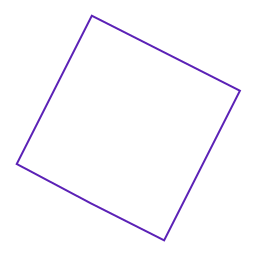 O'Brien, Iowa, United States of America (orthographic projection), rotated 207°
{"feature_id": "52423323B82906580744491", "entity_name": "O'Brien", "entity_type": "district", "adm_level": 2, "iso_a3": "USA", "parent_name": "United States of America", "parent_adm1": "Iowa", "projection": "orthographic", "projection_center": [-95.625, 43.084], "detail": "fine", "context": "isolated", "style": "outline", "palette": "violet", "viewbox_px": 256, "rotation_deg": 207, "n_neighbors": 0, "source": "geoboundaries", "source_scale": "gbopen_adm2", "svg_char_len": 243}
<svg xmlns="http://www.w3.org/2000/svg" viewBox="0 0 256 256"><g transform="rotate(207 128 128)"><path d="M210.8,45.4L127.2,44.0L44.8,44.3L45.1,169.9L45.2,212.0L211.2,211.6L210.8,45.4Z" fill="none" stroke="#5b21b6" stroke-width="2"/></g></svg>